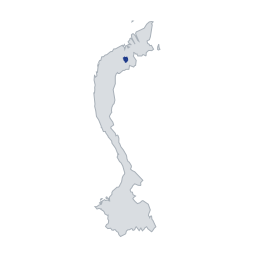 Phu Giao, Bình Phước, Vietnam shown in context, rotated 187°
{"feature_id": "81297802B21040073838815", "entity_name": "Phu Giao", "entity_type": "district", "adm_level": 2, "iso_a3": "VNM", "parent_name": "Vietnam", "parent_adm1": "Bình Phước", "projection": "equal_earth", "projection_center": [106.819, 11.34], "detail": "fine", "context": "in_parent", "style": "filled", "palette": "blue", "viewbox_px": 256, "rotation_deg": 187, "n_neighbors": 0, "source": "geoboundaries", "source_scale": "gbopen_adm2", "svg_char_len": 4884}
<svg xmlns="http://www.w3.org/2000/svg" viewBox="0 0 256 256"><g transform="rotate(187 128 128)"><path d="M151.2,45.9L149.4,46.1L147.6,47.9L145.1,49.1L144.5,52.5L142.5,54.0L141.5,53.3L139.5,54.0L137.3,53.3L138.0,57.1L135.9,60.1L136.1,62.1L135.5,63.6L131.7,67.9L130.5,68.0L129.7,68.7L127.8,73.8L127.6,78.1L126.8,80.5L125.9,81.6L125.7,82.9L128.6,89.7L130.5,92.4L132.4,93.8L135.3,97.8L134.8,98.9L135.0,101.1L133.7,100.5L133.9,100.7L135.5,102.0L137.8,106.3L142.0,110.9L142.7,113.2L146.7,116.9L146.7,117.4L149.5,120.5L149.9,121.7L152.0,121.5L154.0,125.1L154.6,125.1L154.8,126.6L158.1,132.5L160.7,135.6L162.1,141.1L163.7,145.4L163.7,147.8L166.1,158.1L166.0,159.4L165.5,158.1L165.6,162.0L166.0,164.1L165.8,166.6L167.5,171.4L167.7,176.7L166.5,174.5L165.2,176.0L166.2,179.8L165.1,179.5L165.2,184.6L165.7,186.3L165.6,187.0L165.1,185.7L164.6,188.1L165.1,189.7L164.3,191.6L163.3,191.7L162.7,195.5L160.9,195.8L159.6,197.6L157.9,198.2L154.8,201.5L152.9,202.1L151.8,204.7L150.1,205.0L143.7,209.5L142.9,208.4L141.7,208.0L140.8,205.6L140.2,209.5L139.7,209.7L138.7,209.0L137.7,207.4L136.4,208.5L137.9,208.8L138.3,209.8L138.1,211.0L134.8,211.0L137.8,212.6L138.4,213.7L137.0,215.6L137.0,216.9L136.3,217.5L134.7,216.3L131.2,212.1L135.3,218.1L136.0,220.8L135.0,222.0L133.9,222.1L131.9,220.3L128.9,216.0L127.8,215.4L131.4,221.5L132.0,222.9L131.5,224.4L124.1,229.0L122.1,233.3L119.8,235.9L117.3,236.6L116.0,236.4L117.4,234.2L116.5,233.3L116.9,221.3L117.5,218.2L119.6,216.9L119.6,216.3L118.9,214.4L117.2,213.7L116.4,212.4L114.9,212.9L112.2,209.3L113.8,207.7L117.0,207.5L119.1,205.0L118.9,202.2L119.1,201.8L122.1,202.8L123.1,201.2L127.0,200.7L128.1,202.6L129.0,202.2L130.8,203.5L131.5,203.6L131.1,201.7L131.5,200.0L128.1,196.1L128.1,191.1L128.9,190.8L129.8,189.2L134.1,190.3L134.3,186.4L137.4,185.9L138.2,184.9L140.0,184.5L143.1,181.1L144.4,180.9L145.1,181.8L146.3,180.2L146.9,177.6L146.0,170.3L147.4,164.3L144.4,154.1L144.8,150.5L145.7,149.3L146.6,146.3L146.5,143.1L146.0,141.5L146.8,140.3L147.9,137.4L146.9,135.4L143.8,132.0L142.6,129.3L145.0,127.1L145.1,125.8L140.0,121.2L139.1,118.8L137.9,119.7L137.0,119.2L135.8,116.8L135.3,112.4L134.5,111.7L132.8,108.5L129.9,105.6L126.4,100.9L125.8,99.4L125.3,97.3L123.9,94.8L122.6,94.2L120.2,91.1L119.9,89.8L120.5,87.5L118.9,86.4L115.9,85.3L106.9,77.9L108.8,75.3L108.3,73.0L108.5,72.5L111.0,72.4L114.5,73.4L116.2,71.4L117.0,69.2L118.2,67.5L118.3,66.6L117.4,64.9L115.8,64.8L114.9,62.4L112.2,61.4L114.0,59.7L114.6,58.4L112.0,55.9L109.4,54.1L107.0,55.3L105.2,57.4L104.3,57.7L98.6,54.8L95.9,49.4L97.0,45.0L97.0,43.4L95.9,42.6L95.6,41.6L94.7,43.4L93.9,43.5L93.1,40.2L92.1,39.4L88.3,33.3L89.5,32.1L91.3,28.6L92.0,27.9L95.9,30.3L97.5,32.3L99.1,31.0L99.2,30.2L101.2,27.7L103.0,30.3L104.4,27.5L107.8,31.0L108.3,30.3L109.0,27.9L110.0,27.2L110.7,27.1L111.7,28.5L112.4,28.6L114.1,27.2L115.8,26.9L117.0,25.6L117.4,22.9L117.8,22.4L122.2,19.4L124.0,21.0L125.1,23.3L126.6,23.9L128.3,25.5L129.6,25.3L130.0,24.7L131.6,24.8L133.0,26.4L135.8,25.7L138.3,27.5L137.5,29.6L136.2,30.5L135.9,31.5L135.9,33.9L137.0,35.3L137.1,39.1L137.8,38.8L140.4,39.9L141.4,41.8L142.6,42.9L143.6,43.0L144.5,44.4L145.4,44.0L145.8,44.6L147.6,44.4L148.9,43.8L151.2,45.9ZM108.2,209.6L108.4,212.1L107.7,215.0L107.0,211.8L105.9,209.9L107.4,209.1L108.2,209.6ZM147.2,50.1L145.7,51.9L145.1,51.9L145.9,49.4L147.2,50.1ZM141.1,56.9L140.6,57.0L139.7,55.8L140.2,55.2L141.2,55.6L141.4,56.2L141.1,56.9ZM146.3,54.3L145.7,54.7L145.0,54.7L146.7,52.8L146.3,54.3ZM138.5,54.3L139.1,56.2L138.2,55.2L138.5,54.3ZM142.9,208.8L141.7,210.4L141.6,209.7L142.9,208.8ZM136.9,234.8L136.0,234.8L137.0,233.9L136.9,234.8Z" fill="#d9dde1" stroke="#a8b0b8" stroke-width="1"/><path d="M139.8,197.1L139.8,196.9L140.0,196.9L139.9,196.8L140.0,196.8L139.9,196.8L139.9,196.7L140.0,196.7L139.9,196.7L140.0,196.6L139.9,196.6L140.0,196.6L139.9,196.5L140.0,196.5L139.9,196.5L140.0,196.5L140.0,196.4L140.0,196.2L140.1,195.9L140.2,195.7L140.2,195.4L140.0,195.2L140.0,195.3L140.0,195.2L139.9,195.2L139.9,195.3L139.8,195.2L139.7,195.3L139.4,195.6L139.3,195.8L139.2,195.8L139.2,195.7L139.2,195.4L139.2,195.2L139.2,194.9L138.9,194.9L138.7,194.9L138.4,194.9L138.4,194.6L138.2,194.5L138.2,194.2L138.3,194.2L138.5,194.0L138.5,193.9L138.6,193.7L138.6,193.3L138.5,193.2L138.4,193.2L138.4,193.3L138.2,193.3L138.0,193.5L138.1,193.8L137.9,194.0L137.7,194.1L137.6,194.3L137.5,194.5L137.4,194.6L137.2,194.6L137.2,194.8L137.2,195.0L137.1,195.3L137.1,195.2L137.1,195.3L137.1,195.2L137.1,195.3L137.0,195.2L136.9,195.3L136.8,195.5L137.0,195.8L137.2,196.3L137.2,196.8L137.5,196.8L137.5,196.7L137.7,196.8L137.5,197.0L137.6,197.4L137.7,197.5L137.8,197.7L138.0,197.5L138.0,197.4L138.1,197.7L138.4,197.7L138.5,197.7L138.8,197.4L139.0,197.4L138.9,197.3L138.8,197.2L139.0,197.2L139.1,196.9L139.1,196.7L139.2,196.8L139.3,196.8L139.5,196.9L139.5,196.7L139.5,196.8L139.5,197.0L139.7,196.9L139.7,197.0L139.8,197.1L139.8,197.1Z" fill="#3b82f6" stroke="#1e3a8a" stroke-width="1.5"/></g></svg>